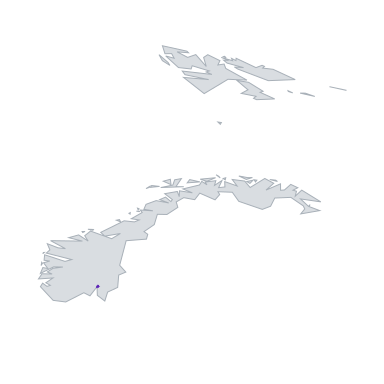 location of Nesodden nor, Akershus, Norway, rotated 15°
{"feature_id": "86288312B79220193025286", "entity_name": "Nesodden nor", "entity_type": "district", "adm_level": 2, "iso_a3": "NOR", "parent_name": "Norway", "parent_adm1": "Akershus", "projection": "robinson", "projection_center": [10.655, 59.797], "detail": "fine", "context": "in_parent", "style": "filled", "palette": "violet", "viewbox_px": 384, "rotation_deg": 15, "n_neighbors": 0, "source": "geoboundaries", "source_scale": "gbopen_adm2", "svg_char_len": 4142}
<svg xmlns="http://www.w3.org/2000/svg" viewBox="0 0 384 384"><g transform="rotate(15 192 192)"><path d="M231.0,181.8L217.0,185.0L219.4,187.3L216.3,193.6L199.8,191.1L196.6,198.7L185.5,199.6L179.3,205.7L182.3,210.5L173.6,220.2L164.3,222.5L164.0,233.2L155.9,242.7L160.2,244.3L160.2,249.3L141.0,256.1L141.1,281.5L148.8,286.5L142.7,291.2L144.9,303.4L136.4,310.5L136.0,319.9L127.3,316.3L124.8,308.1L120.3,318.7L113.6,317.3L98.5,330.9L85.9,332.6L70.1,322.7L71.3,318.7L76.4,320.7L79.3,318.8L74.3,317.5L80.0,311.0L66.2,315.7L68.3,309.8L78.1,307.4L72.9,306.7L77.5,301.7L86.7,297.9L77.7,300.1L66.6,309.9L67.5,303.6L72.6,303.2L66.9,298.8L72.5,295.5L66.8,296.2L65.9,290.8L87.3,291.9L93.3,288.4L67.1,288.7L69.7,284.7L65.6,279.4L76.9,280.6L84.4,279.5L68.0,275.6L98.9,267.8L84.8,268.0L93.6,262.8L104.4,266.3L99.7,262.0L104.1,256.0L126.5,257.9L133.6,250.6L119.2,257.2L114.3,254.6L133.9,237.4L144.1,235.8L148.2,232.7L140.3,233.5L149.2,224.7L146.7,222.8L159.1,220.3L150.0,221.1L150.8,215.8L159.6,209.6L172.4,208.6L162.8,207.7L167.8,203.8L174.1,206.7L175.0,204.4L166.1,200.7L177.7,195.3L180.9,199.8L179.6,194.1L192.6,192.7L182.4,191.4L197.4,183.3L198.7,179.2L204.6,181.2L202.1,179.0L212.1,174.9L212.0,179.8L218.0,173.1L216.6,180.9L222.5,178.6L220.9,173.5L234.0,174.5L227.6,169.5L240.0,167.8L247.0,172.6L258.8,160.1L268.7,162.4L263.0,171.0L275.4,161.2L277.1,167.4L280.8,166.1L285.4,159.1L293.1,160.5L289.1,164.1L292.7,164.2L292.8,169.3L297.5,161.8L319.0,168.2L298.6,170.6L308.2,175.7L320.2,176.9L302.7,185.0L305.3,179.2L303.1,176.6L288.9,171.6L273.5,176.4L271.6,185.4L264.4,190.6L239.6,188.9L231.0,181.8ZM171.7,55.3L185.0,57.9L184.1,62.6L189.9,60.1L192.6,63.9L216.1,69.7L197.6,73.8L178.3,93.8L154.2,83.5L179.0,79.1L154.9,80.5L151.3,77.7L180.8,73.3L174.6,72.4L177.3,70.6L159.5,70.0L159.3,73.4L146.7,75.3L131.4,67.4L140.1,67.4L136.5,63.6L130.1,65.4L125.6,58.4L150.6,57.3L152.6,58.4L141.3,60.5L153.0,63.1L160.1,58.3L173.3,67.1L168.4,59.0L171.7,55.3ZM200.0,51.4L221.6,55.3L226.9,51.5L229.5,51.9L228.2,54.0L238.6,52.5L262.6,56.7L236.9,64.7L204.5,61.4L200.6,60.3L209.6,58.5L192.5,58.4L188.4,56.5L193.3,55.4L185.4,54.4L197.2,54.7L195.6,52.7L200.4,53.7L200.0,51.4ZM218.2,71.4L234.6,76.3L232.0,78.1L247.8,80.7L230.5,86.1L227.2,85.6L229.1,83.0L214.1,84.0L219.6,78.8L206.7,72.7L218.2,71.4ZM175.1,191.0L182.7,189.0L160.6,195.8L171.7,190.3L172.1,184.7L178.3,181.8L175.1,191.0ZM186.6,180.6L197.0,180.2L185.0,184.4L186.6,180.6ZM196.6,177.5L211.1,172.1L203.6,177.8L196.6,177.5ZM124.6,67.9L135.4,73.1L137.9,75.4L129.4,72.8L124.6,67.9ZM167.8,185.3L169.8,190.3L161.5,189.0L167.8,185.3ZM246.6,162.4L241.2,165.8L233.1,164.4L242.2,163.7L246.6,162.4ZM247.9,164.8L245.7,168.7L242.2,167.7L247.9,164.8ZM151.3,196.2L159.2,195.0L150.6,198.3L151.3,196.2ZM314.4,53.9L297.5,54.7L314.9,53.8L314.4,53.9ZM275.8,67.2L285.9,67.9L270.8,68.5L275.8,67.2ZM263.9,159.8L269.8,158.9L271.8,159.7L263.9,159.8ZM251.6,163.8L250.7,165.9L248.9,164.1L251.6,163.8ZM220.9,169.5L221.0,171.7L218.6,170.9L220.9,169.5ZM202.4,117.3L201.8,119.3L198.9,117.7L202.4,117.3ZM263.7,70.2L259.0,70.0L258.5,69.3L263.7,70.2ZM129.1,237.4L130.7,239.3L126.3,238.8L129.1,237.4ZM210.8,169.1L213.8,169.9L215.6,171.1L210.8,169.1ZM188.3,52.5L190.3,53.5L187.3,53.1L188.3,52.5ZM106.2,254.6L101.1,254.9L106.5,253.7L106.2,254.6ZM98.9,257.8L96.9,259.4L96.1,258.6L98.9,257.8ZM149.3,198.8L146.7,200.6L149.6,197.6L149.3,198.8ZM66.0,299.6L65.3,302.1L65.0,298.8L66.0,299.6ZM144.6,223.2L143.5,221.7L145.1,221.8L144.6,223.2ZM309.3,173.6L308.9,175.4L308.6,175.1L309.3,173.6ZM146.1,224.6L143.2,224.9L146.7,224.2L146.1,224.6ZM137.7,227.9L137.9,229.4L136.6,228.9L137.7,227.9ZM65.0,288.6L63.8,290.2L64.1,288.9L65.0,288.6Z" fill="#d9dde1" stroke="#a8b0b8" stroke-width="1"/><path d="M126.0,308.0L126.0,307.9L125.9,307.8L126.0,307.7L125.9,307.7L125.9,307.4L125.9,307.2L125.8,306.9L125.7,306.9L125.6,306.7L125.4,306.7L125.4,306.8L125.3,307.0L125.2,307.1L125.1,307.3L125.0,307.5L124.9,307.5L124.9,307.8L124.7,307.9L124.8,307.9L124.7,308.0L124.6,308.3L124.6,308.5L124.8,308.6L125.0,308.7L125.3,308.6L125.2,308.6L125.2,308.4L125.3,308.3L125.3,308.2L125.5,308.1L125.8,308.0L126.0,308.0L126.0,308.0Z" fill="#8b5cf6" stroke="#5b21b6" stroke-width="1.5"/></g></svg>